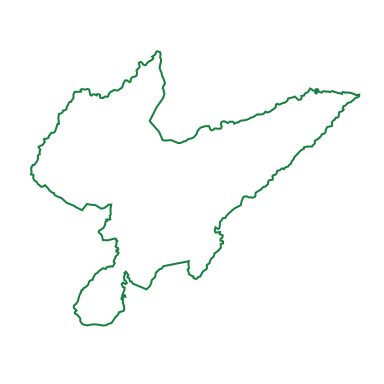 São Sepé, Rio Grande do Sul, Brazil, rotated 3°
{"feature_id": "56859067B43674987148244", "entity_name": "São Sepé", "entity_type": "district", "adm_level": 2, "iso_a3": "BRA", "parent_name": "Brazil", "parent_adm1": "Rio Grande do Sul", "projection": "orthographic", "projection_center": [-53.605, -30.207], "detail": "fine", "context": "isolated", "style": "outline", "palette": "green", "viewbox_px": 384, "rotation_deg": 3, "n_neighbors": 0, "source": "geoboundaries", "source_scale": "gbopen_adm2", "svg_char_len": 5925}
<svg xmlns="http://www.w3.org/2000/svg" viewBox="0 0 384 384"><g transform="rotate(3 192 192)"><path d="M286.7,161.4L287.8,159.7L289.2,158.8L290.2,155.8L292.0,153.5L292.2,152.1L298.7,144.5L301.5,143.0L301.6,141.4L304.6,140.6L309.6,140.3L310.6,138.6L311.8,137.6L312.2,136.4L311.9,134.5L315.9,131.8L318.0,129.2L318.6,127.6L321.1,126.8L322.3,125.1L322.3,123.0L323.8,120.0L328.2,118.8L328.5,117.1L327.9,115.5L329.1,113.3L330.9,112.1L331.6,110.4L332.9,110.2L334.4,109.3L334.9,104.6L338.0,103.3L339.2,101.7L338.1,100.4L338.9,98.3L340.6,97.7L342.9,94.9L346.0,93.9L350.7,89.2L352.4,88.8L353.9,87.6L353.9,86.0L350.8,86.7L349.4,85.9L345.5,84.7L341.7,84.5L340.0,84.9L338.5,84.2L337.3,84.4L336.7,86.3L334.4,85.5L333.1,85.7L330.6,84.8L329.3,84.9L328.3,84.2L326.9,83.9L324.6,85.0L323.0,84.5L320.3,84.8L318.8,84.4L317.3,84.7L316.3,86.0L312.8,85.0L312.8,83.5L311.9,82.7L310.4,83.0L309.8,84.5L307.2,84.2L306.1,83.2L304.5,82.5L303.1,85.4L301.6,86.8L300.3,87.2L299.2,88.5L298.9,89.8L296.1,90.4L296.5,91.8L296.1,93.7L293.9,94.5L292.9,94.1L289.8,91.3L287.2,92.4L283.1,93.5L282.8,95.1L281.8,96.6L280.1,97.9L278.1,98.4L274.8,100.1L272.0,99.5L271.1,100.8L271.3,102.4L270.2,104.2L265.5,107.7L262.8,108.7L261.1,107.9L259.9,109.7L258.5,110.6L255.7,111.1L253.1,111.1L248.8,114.2L246.8,114.7L244.9,116.1L241.8,117.4L236.6,118.3L234.7,120.1L233.4,120.1L230.6,121.6L230.0,120.3L229.0,119.7L226.3,119.8L224.0,121.2L220.7,119.7L218.8,120.0L217.7,120.9L217.3,123.0L218.2,124.9L217.7,126.8L216.4,127.4L211.1,127.4L210.0,128.7L208.1,129.4L206.8,128.2L205.7,125.4L202.1,125.5L198.4,126.8L197.1,127.4L196.0,128.5L194.2,131.2L193.6,133.8L191.4,136.8L189.0,138.4L185.2,139.5L183.0,141.7L181.6,141.7L178.1,143.6L175.8,143.9L168.5,141.3L161.8,142.1L159.9,141.6L156.0,133.7L146.0,123.4L152.3,109.1L158.0,100.2L159.1,96.6L159.3,94.9L158.5,93.1L158.4,91.5L157.4,90.4L157.5,88.9L159.4,84.8L157.1,79.1L156.2,78.0L155.2,74.3L154.4,73.0L153.1,69.4L154.2,63.2L154.1,61.1L153.1,59.2L153.4,55.9L152.9,54.1L150.3,53.3L149.2,53.6L148.4,55.0L148.2,56.6L145.1,58.9L146.4,60.3L145.7,61.6L143.4,63.4L142.1,63.8L140.1,66.0L139.4,67.5L138.0,67.9L136.6,67.3L135.5,65.6L134.0,64.8L132.2,65.8L133.2,69.8L130.2,73.4L130.8,75.2L130.7,78.3L129.7,79.4L125.8,80.8L124.9,82.6L125.0,84.8L123.9,85.5L121.0,83.9L119.3,84.1L117.7,87.6L116.8,91.3L112.6,94.5L110.7,94.6L109.2,94.1L108.1,94.5L107.3,95.5L106.2,95.7L103.9,98.1L103.3,100.6L102.5,101.5L100.9,101.1L99.4,101.5L98.7,102.6L97.1,102.9L95.4,102.6L95.0,99.7L93.7,99.2L92.2,99.3L91.8,100.5L89.2,99.5L87.6,99.9L86.5,101.0L85.1,100.0L84.2,95.8L83.4,94.8L82.1,94.6L79.7,95.4L76.9,94.9L75.5,95.7L76.0,97.5L69.6,98.2L68.5,101.0L68.7,104.7L67.0,106.8L66.6,108.2L64.8,108.7L62.3,114.2L62.3,115.9L60.3,117.2L59.1,117.3L58.5,119.0L57.6,120.1L55.0,121.1L54.7,125.2L55.6,130.9L54.2,131.1L52.1,138.8L50.5,140.1L48.3,140.4L46.1,143.6L45.8,145.4L43.3,146.6L41.7,146.6L41.6,148.0L42.4,149.7L41.5,151.1L40.2,153.0L37.7,154.0L36.4,155.1L38.4,157.9L37.6,159.7L38.0,162.3L36.6,163.0L36.1,164.5L36.6,165.9L35.9,169.0L33.0,173.4L31.7,173.3L30.1,176.3L30.8,181.3L30.3,182.9L32.7,183.2L32.9,184.6L32.6,186.3L34.0,188.8L36.2,189.9L37.7,192.2L39.5,193.2L40.4,194.3L41.5,194.7L43.5,194.1L44.9,192.9L48.5,196.4L49.6,198.0L52.9,200.2L54.4,200.4L55.0,202.3L59.1,204.1L61.7,204.7L67.3,209.3L75.2,212.0L76.4,213.0L83.2,215.9L87.7,209.5L92.6,210.1L95.9,210.0L102.0,213.3L104.3,212.9L105.9,212.1L109.5,209.0L112.0,208.8L111.5,213.2L112.0,218.9L111.0,220.2L111.9,223.4L110.9,224.1L109.2,223.7L107.9,224.0L108.5,225.5L107.2,226.2L106.9,229.5L105.4,232.6L101.3,235.5L100.8,236.8L102.0,238.2L103.2,238.8L104.3,240.4L105.6,244.7L110.6,244.6L117.3,242.5L118.9,243.0L118.9,244.4L120.0,244.9L119.1,246.6L119.3,249.0L118.5,250.3L119.3,251.3L121.2,252.0L121.4,253.5L119.4,254.3L119.7,255.6L121.0,255.8L121.9,256.6L121.2,258.3L118.8,260.6L119.0,262.1L117.7,263.9L117.4,265.7L118.6,267.1L116.7,270.6L114.9,270.4L113.7,271.1L112.4,270.8L110.8,271.6L110.0,273.3L106.8,272.8L105.6,274.1L104.2,274.9L101.3,278.1L99.7,279.0L97.8,282.9L97.4,284.8L94.6,286.0L93.9,287.0L93.2,290.0L91.1,292.3L88.3,294.1L88.1,295.3L86.5,296.2L86.7,297.5L85.2,300.6L84.1,304.8L84.0,306.5L82.0,310.0L80.5,311.0L79.9,312.6L80.1,314.1L82.9,316.5L81.2,318.3L81.7,319.6L83.8,320.6L86.5,323.4L87.2,324.9L87.1,326.6L88.8,329.0L90.0,329.9L94.6,330.7L98.6,329.6L102.9,329.2L110.5,330.0L113.2,329.5L115.4,328.1L118.5,327.0L122.2,320.9L124.8,318.1L125.2,316.0L130.0,314.3L130.5,312.7L130.3,311.3L130.0,309.3L128.8,306.2L128.6,302.4L127.3,302.7L127.2,301.1L128.3,300.0L130.9,300.1L130.4,298.7L127.9,298.4L129.6,293.4L129.7,290.9L127.9,290.5L126.6,287.6L127.8,286.1L130.5,287.4L131.7,286.3L130.2,284.0L129.1,283.6L128.4,280.1L129.4,278.1L128.7,276.4L130.1,275.0L132.8,278.3L132.0,280.6L133.8,281.4L134.7,284.4L136.5,284.6L137.7,286.6L151.6,291.6L154.6,288.6L156.0,285.3L156.4,282.2L159.7,278.7L160.1,274.5L163.8,270.7L165.4,270.4L167.5,267.5L192.4,261.3L192.2,264.0L192.9,268.4L191.7,269.7L193.0,272.5L193.2,274.2L196.4,275.9L197.9,276.2L197.9,277.8L200.4,278.7L201.6,278.1L202.4,276.8L204.6,276.0L206.9,271.0L210.3,268.4L211.0,267.2L210.5,264.3L213.3,262.1L213.3,260.7L214.6,257.6L216.4,256.1L217.5,254.1L217.5,252.3L220.4,250.1L223.7,246.2L223.4,242.3L225.7,241.7L225.6,239.7L222.9,239.0L223.0,237.4L224.3,236.3L224.9,235.2L224.9,233.6L221.7,232.5L222.0,230.5L217.6,231.3L216.7,229.4L217.3,226.1L219.9,227.5L221.0,227.1L221.5,225.3L221.5,220.4L222.6,219.4L224.1,216.4L225.3,216.5L226.9,215.9L227.4,214.4L229.5,211.9L233.1,208.2L235.4,206.1L241.4,202.6L242.1,198.3L243.7,194.1L246.8,193.4L249.2,194.5L251.1,194.1L252.7,194.6L255.2,193.4L255.6,192.1L255.4,190.6L255.8,189.2L261.0,185.7L262.4,183.8L263.6,183.0L264.9,182.9L267.5,180.0L267.5,177.7L268.3,176.3L271.9,175.5L272.0,173.3L271.4,172.0L272.5,170.8L274.6,170.3L275.7,168.4L276.0,166.3L278.4,165.8L280.4,163.8L282.7,164.3L283.2,163.0L286.7,161.4ZM309.8,84.5L311.0,84.9L311.8,86.0L311.0,87.1L309.8,86.4L309.8,84.5Z" fill="none" stroke="#15803d" stroke-width="2"/></g></svg>